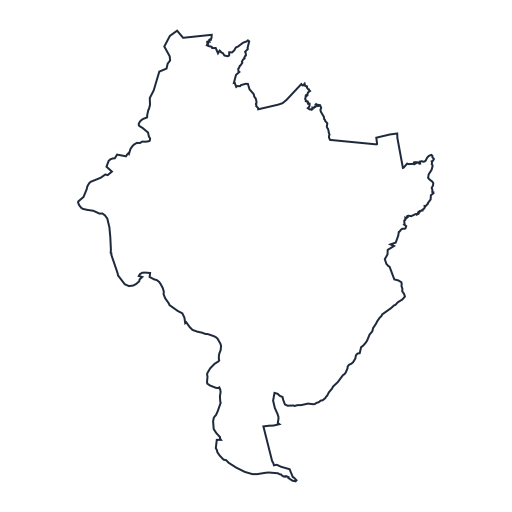 the district of Tampacán, San Luis Potosí, Mexico
{"feature_id": "50627088B27079735584148", "entity_name": "Tampacán", "entity_type": "district", "adm_level": 2, "iso_a3": "MEX", "parent_name": "Mexico", "parent_adm1": "San Luis Potosí", "projection": "orthographic", "projection_center": [-98.734, 21.409], "detail": "fine", "context": "isolated", "style": "outline", "palette": "slate", "viewbox_px": 512, "rotation_deg": 0, "n_neighbors": 0, "source": "geoboundaries", "source_scale": "gbopen_adm2", "svg_char_len": 6005}
<svg xmlns="http://www.w3.org/2000/svg" viewBox="0 0 512 512"><path d="M215.8,448.1L217.0,450.3L217.3,452.1L219.6,455.5L223.6,459.7L226.0,460.1L228.8,462.9L236.2,467.6L244.8,471.9L252.3,474.1L257.4,474.1L265.4,472.8L269.0,472.5L278.0,473.3L279.5,474.2L281.1,474.5L281.7,475.3L283.6,476.5L284.4,476.4L285.0,476.8L286.0,476.1L286.7,476.3L286.8,476.6L288.6,477.2L288.4,478.0L292.5,480.7L295.6,481.3L296.5,480.3L293.8,477.5L292.8,477.1L289.6,469.2L281.1,466.8L276.9,464.8L273.9,465.3L273.4,463.3L272.1,461.0L263.4,426.4L269.3,425.7L273.3,425.6L279.4,424.2L277.8,422.9L278.5,418.6L278.4,416.7L277.5,414.0L274.8,407.9L273.1,400.6L274.5,392.9L277.6,393.8L280.0,396.0L282.5,396.9L283.2,399.9L284.9,404.4L287.5,405.7L293.6,405.5L294.6,406.0L297.6,405.1L301.2,405.1L308.0,403.6L313.0,404.2L314.7,404.1L316.6,402.8L318.6,402.3L320.7,400.6L322.6,400.3L325.3,398.1L326.1,396.7L327.1,395.8L328.9,392.3L332.1,388.5L333.0,386.6L337.7,382.2L343.0,375.1L344.3,374.3L345.7,372.6L347.6,368.1L347.6,366.6L349.0,364.8L351.5,363.6L353.1,362.2L355.3,358.6L355.9,355.5L356.5,354.5L357.7,353.5L359.7,353.2L361.1,347.2L363.2,345.6L365.8,342.6L367.2,340.4L369.6,334.5L372.2,331.5L373.2,327.9L375.9,323.9L377.5,320.8L379.7,317.7L381.3,316.2L382.2,314.4L391.2,308.0L393.9,305.5L395.5,304.8L397.8,302.3L402.3,299.5L404.9,296.6L404.2,294.2L402.2,291.1L402.4,288.7L401.5,286.1L401.7,283.7L401.3,282.2L398.3,280.4L394.3,279.4L389.6,266.8L388.2,265.9L386.4,263.9L384.8,259.2L387.5,254.4L387.7,249.9L394.0,246.0L390.5,244.4L395.7,242.6L398.2,235.8L398.8,232.0L399.4,231.7L401.1,229.6L402.3,228.8L404.9,228.7L405.5,228.3L406.2,226.1L404.1,224.5L404.6,224.1L404.2,221.1L404.5,220.3L405.2,220.0L405.3,218.3L405.7,218.8L406.7,217.9L407.3,217.4L406.7,217.1L407.2,216.1L408.4,215.7L411.1,216.2L415.6,214.1L416.4,214.0L416.8,214.6L417.7,213.8L418.4,213.9L418.7,213.4L418.3,213.0L418.8,212.5L418.3,212.2L418.5,211.8L419.8,211.7L419.9,211.0L422.5,210.5L422.4,209.7L423.7,209.0L424.8,207.5L424.6,206.0L425.6,206.1L427.9,203.7L427.8,203.2L430.6,199.5L430.9,195.2L433.5,193.2L433.4,192.3L432.3,192.0L432.4,190.0L431.7,187.9L433.0,185.5L433.3,183.2L432.4,181.7L429.5,179.5L428.1,177.8L428.7,174.3L431.5,170.0L432.4,166.9L432.6,165.4L431.8,164.3L432.0,162.6L431.7,161.3L432.9,160.8L433.9,159.0L432.4,157.2L432.4,155.9L431.4,154.9L430.5,155.2L428.8,155.9L427.2,157.6L425.5,160.9L423.9,161.7L422.6,161.6L421.9,161.2L419.8,161.6L420.1,163.6L419.4,163.7L417.8,162.3L415.2,163.7L415.6,162.2L414.1,162.3L413.5,163.9L408.3,164.1L407.1,163.6L403.7,167.6L402.9,167.9L397.4,138.1L397.2,133.5L389.8,134.5L376.3,137.7L377.1,144.0L376.5,144.4L330.1,139.9L329.0,137.6L329.0,136.1L329.5,134.5L328.7,132.5L328.7,131.4L328.0,128.9L327.3,128.0L326.8,126.6L327.3,123.3L325.3,121.1L324.9,119.8L324.1,119.0L324.0,117.1L320.9,111.8L320.4,109.8L321.2,107.9L320.1,105.2L318.4,104.9L318.7,105.9L317.9,106.1L316.1,104.1L315.8,104.4L316.3,104.7L316.6,105.6L315.4,106.9L314.7,106.6L314.1,107.7L312.4,107.6L312.6,108.9L311.7,109.1L311.7,109.7L311.4,109.8L310.7,109.3L309.6,109.4L307.8,108.1L309.2,106.8L309.6,105.1L309.6,103.8L308.2,103.9L307.9,103.3L308.3,102.7L307.6,101.4L306.6,101.6L305.8,101.2L306.0,100.5L305.1,98.9L305.6,97.7L305.6,96.6L306.5,96.0L306.0,95.9L305.8,95.4L307.6,94.1L307.7,93.0L308.3,92.2L310.0,91.0L308.9,89.9L309.8,89.3L308.8,89.6L308.0,89.1L306.8,87.3L307.0,86.4L305.1,85.8L304.6,83.7L303.1,85.4L302.4,85.4L301.3,84.1L286.3,100.1L282.5,103.2L278.0,104.7L258.2,109.3L258.1,108.0L256.2,106.1L256.4,105.0L255.9,104.2L256.0,103.4L257.0,102.4L256.7,102.5L255.7,98.5L254.3,96.7L253.7,94.1L249.5,89.3L247.9,83.9L245.7,83.8L241.0,85.1L240.2,86.1L237.2,86.1L236.2,86.9L234.6,82.6L233.9,82.8L236.0,74.9L239.3,72.0L238.5,71.4L238.2,68.9L239.1,67.7L239.8,65.8L240.4,65.6L242.3,62.8L241.9,61.8L243.0,59.6L244.6,58.4L244.3,57.6L245.3,55.8L245.9,55.5L245.7,53.0L245.1,51.8L247.8,49.0L247.6,47.7L249.2,41.4L247.9,40.4L246.7,41.4L243.1,42.7L237.9,46.6L235.8,47.5L234.3,50.3L232.1,52.4L229.2,52.3L229.2,55.1L228.6,55.9L227.5,56.2L224.4,55.5L222.9,53.2L220.9,52.2L220.6,51.4L219.6,50.6L218.0,53.3L215.7,48.0L212.2,48.1L211.7,46.8L208.7,46.1L206.8,45.2L207.4,44.2L208.2,43.9L208.1,43.1L207.2,42.6L207.2,41.7L208.3,41.4L209.5,41.7L209.1,40.1L209.9,39.4L210.8,39.8L211.5,37.9L211.7,34.8L183.1,37.8L177.1,30.7L169.9,35.9L164.3,46.5L169.7,56.3L170.1,60.5L167.7,63.6L166.5,68.6L159.3,71.6L153.7,90.4L149.8,98.0L150.0,104.9L148.9,109.2L148.4,109.7L147.2,115.1L147.1,117.4L143.2,118.9L141.5,120.0L139.9,121.6L138.8,123.7L138.8,125.4L140.1,126.5L142.5,127.9L148.0,132.5L148.9,136.5L150.1,138.5L149.8,140.6L149.2,141.1L146.2,141.7L142.3,141.6L139.9,143.0L136.8,142.9L134.1,144.5L132.5,146.0L130.5,148.9L129.0,153.7L128.6,153.0L126.9,154.8L126.0,156.3L117.1,154.6L114.8,158.3L113.0,158.4L110.6,159.2L108.7,160.8L106.5,166.7L111.9,171.6L107.7,175.1L105.3,174.5L100.8,177.7L90.7,181.8L89.2,183.2L87.4,186.2L86.7,189.2L83.5,197.0L78.3,201.4L78.1,202.6L79.1,205.1L81.2,207.8L82.7,208.8L86.8,209.8L93.4,210.8L99.5,213.6L102.4,213.5L105.0,215.4L107.3,218.6L109.4,227.3L110.3,237.2L110.9,249.5L110.7,252.9L111.4,253.3L111.4,255.0L117.6,273.2L118.0,275.4L124.8,284.3L129.0,286.1L133.4,285.5L136.4,283.8L139.2,281.3L139.6,279.5L142.2,277.0L138.8,276.0L140.0,274.0L142.5,272.7L145.4,272.6L150.1,273.0L149.6,277.0L154.0,279.3L157.0,280.2L159.2,282.0L160.6,284.0L162.8,288.1L163.8,291.6L163.6,294.3L165.2,298.3L168.8,303.4L169.5,305.1L177.8,311.0L182.3,313.3L184.4,317.6L185.2,323.1L186.2,322.2L189.7,327.1L192.5,329.9L197.1,331.6L202.1,332.7L205.2,333.9L207.9,334.1L214.2,336.3L216.0,337.3L217.6,338.7L218.6,340.5L220.3,343.5L221.1,345.9L220.6,350.3L219.4,353.3L218.9,355.6L218.8,358.5L219.2,360.5L218.3,361.5L214.6,363.8L210.2,368.3L207.4,373.0L207.1,374.6L207.5,376.7L207.0,382.2L207.3,383.6L209.8,385.4L215.8,387.8L218.2,388.1L219.3,387.4L220.2,389.5L220.6,391.8L219.9,396.6L220.3,401.9L220.7,402.7L217.6,411.5L215.9,415.2L214.6,416.5L213.8,417.9L213.1,421.2L213.7,429.1L216.4,433.2L220.0,437.1L220.0,438.5L221.0,439.9L216.8,439.9L215.8,448.1Z" fill="none" stroke="#1e293b" stroke-width="2"/></svg>